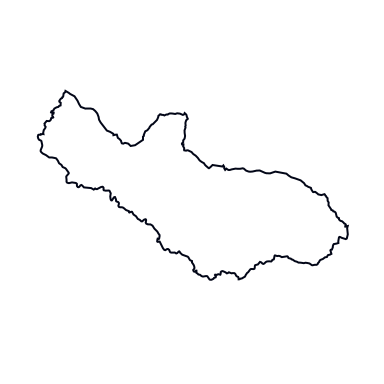 Nátaga, Huila, Colombia, rotated 277°
{"feature_id": "7082276B27593936754080", "entity_name": "Nátaga", "entity_type": "district", "adm_level": 2, "iso_a3": "COL", "parent_name": "Colombia", "parent_adm1": "Huila", "projection": "mercator", "projection_center": [-75.793, 2.578], "detail": "fine", "context": "isolated", "style": "outline", "palette": "ink", "viewbox_px": 384, "rotation_deg": 277, "n_neighbors": 0, "source": "geoboundaries", "source_scale": "gbopen_adm2", "svg_char_len": 6055}
<svg xmlns="http://www.w3.org/2000/svg" viewBox="0 0 384 384"><g transform="rotate(277 192 192)"><path d="M229.8,32.4L228.1,32.2L226.3,32.9L225.1,34.0L224.7,35.6L224.2,36.3L220.2,37.7L218.8,37.7L215.1,36.7L214.1,36.8L213.2,37.5L212.0,39.2L210.8,42.6L208.9,46.0L209.2,49.0L209.0,52.0L208.8,53.1L206.8,55.0L204.3,56.6L203.0,59.1L201.0,60.6L200.3,63.0L199.8,63.9L196.2,67.2L195.7,67.4L195.2,67.3L192.5,65.5L191.8,65.3L188.8,66.0L186.9,66.2L186.2,66.7L185.9,67.6L185.8,68.8L186.9,71.7L186.8,75.6L186.2,76.7L183.9,77.1L183.0,78.0L182.9,78.6L183.3,79.4L185.0,80.5L185.5,81.3L185.1,82.2L183.4,84.2L183.6,91.4L182.4,94.2L183.7,95.4L183.2,96.4L183.3,97.4L185.9,101.2L186.3,102.6L186.1,103.1L185.4,103.7L183.5,103.9L183.0,104.2L182.8,106.1L183.3,109.1L183.2,109.9L180.8,111.5L177.6,111.4L175.2,112.0L174.2,112.5L173.8,113.0L174.0,113.6L177.1,115.1L177.5,115.6L177.6,116.2L175.5,117.4L173.7,117.8L173.4,118.2L173.0,120.0L172.3,120.7L171.4,120.9L169.3,120.6L168.3,121.3L168.1,122.4L168.3,124.4L168.0,125.8L166.0,128.8L165.3,131.7L164.2,132.0L164.0,132.3L165.0,134.2L165.0,134.9L162.5,136.7L161.1,139.4L158.7,141.5L158.0,143.5L156.7,145.3L156.8,146.2L158.6,147.7L159.3,149.0L159.2,149.5L158.8,149.8L158.4,149.9L155.9,149.8L155.0,150.5L154.5,152.1L154.8,154.7L153.8,156.9L151.1,159.1L148.5,162.4L146.6,163.8L145.4,165.0L144.3,165.2L142.0,165.1L141.3,164.8L141.5,163.6L140.2,163.4L138.6,163.5L138.3,164.2L138.8,165.4L138.8,166.0L132.7,170.0L131.2,171.5L131.0,172.5L132.3,174.2L132.5,175.1L131.8,176.4L129.9,177.4L129.5,177.9L129.3,178.8L129.8,182.3L129.1,183.8L129.6,184.8L131.3,186.1L131.5,186.6L131.0,187.2L130.3,187.6L128.6,189.9L127.3,195.6L126.8,196.3L124.5,198.0L124.0,198.6L123.5,200.4L122.0,200.6L120.0,202.4L118.6,203.2L116.9,203.7L115.8,203.4L114.7,202.7L113.4,203.4L113.2,203.9L113.2,204.7L114.5,205.6L114.5,206.0L112.2,206.3L111.7,207.5L110.9,208.4L110.8,210.1L109.7,211.7L109.4,213.2L110.3,216.3L110.3,217.1L110.2,217.5L107.4,220.0L107.1,220.7L107.3,222.1L108.5,223.9L109.4,224.3L110.2,225.9L111.1,226.0L112.4,224.9L112.8,225.1L112.8,226.8L113.6,228.0L113.4,230.2L114.2,230.4L116.0,230.3L116.8,230.9L117.2,231.8L117.1,232.7L116.3,235.2L115.5,236.4L115.8,237.3L116.8,238.4L116.1,241.2L116.5,242.4L116.6,244.1L115.8,245.1L114.3,246.0L113.6,247.1L113.3,248.2L112.6,248.6L111.0,248.9L111.2,249.8L112.1,251.1L112.2,251.9L114.5,254.9L116.3,255.5L118.4,256.6L119.2,257.5L122.2,259.2L122.8,260.0L123.0,262.5L123.4,263.3L124.3,263.5L126.2,263.4L126.9,263.5L127.3,264.1L128.1,266.2L130.9,268.0L130.6,269.3L129.5,270.7L129.3,271.6L129.8,272.4L131.5,273.8L132.2,274.9L132.6,276.9L132.7,279.1L133.3,279.6L134.5,280.1L134.9,281.2L135.4,281.5L138.7,281.7L139.2,282.1L138.8,284.3L139.2,285.9L139.1,287.0L138.3,289.1L139.8,294.3L139.5,295.0L138.3,295.7L138.1,296.2L137.9,298.2L137.2,299.1L137.2,300.0L135.9,302.5L135.6,304.5L134.9,306.3L135.1,308.3L135.0,311.7L135.6,313.2L135.6,314.9L135.4,317.3L134.0,319.9L134.0,320.7L134.7,322.7L134.9,324.5L135.6,325.4L137.1,325.9L137.7,326.5L139.4,327.1L140.2,327.7L141.5,330.1L143.4,332.0L143.9,333.8L145.5,334.4L146.0,334.8L146.6,336.5L147.6,337.9L150.9,336.5L151.5,336.7L151.9,337.9L154.3,338.5L155.4,338.4L156.9,338.7L157.6,339.1L158.4,341.7L159.2,343.5L161.0,343.2L164.9,343.4L165.4,343.9L165.4,344.4L164.7,346.4L164.0,350.4L164.7,351.3L168.9,351.8L175.1,350.4L177.2,350.7L176.3,348.4L176.8,348.2L178.1,348.7L178.5,348.6L179.0,347.9L179.4,346.8L180.0,346.3L181.2,344.6L181.5,342.9L182.0,342.0L182.8,341.2L183.8,341.1L184.1,340.9L184.2,339.9L185.2,338.6L188.6,337.3L189.2,336.9L189.9,335.8L190.0,334.6L190.9,333.9L191.1,332.5L191.9,332.1L195.4,329.1L198.3,328.9L199.8,327.7L202.4,327.3L203.3,326.1L204.2,325.6L204.7,324.8L205.7,324.2L206.0,323.7L204.7,320.8L204.9,318.8L205.0,317.6L205.6,316.9L207.1,314.4L207.1,313.7L206.7,312.9L206.8,312.0L209.0,310.2L210.6,309.5L211.3,306.7L212.1,305.0L212.4,303.8L214.4,302.2L216.8,298.4L218.1,292.6L218.7,288.8L220.1,285.9L221.7,283.5L222.4,272.2L220.0,267.2L219.7,263.6L219.9,262.1L221.6,256.6L221.1,253.5L219.7,249.6L219.2,247.2L219.2,245.7L219.8,243.1L221.5,240.6L221.7,239.5L220.9,236.9L220.6,234.8L220.5,232.3L219.3,228.7L218.5,226.9L218.3,225.9L218.4,225.2L219.4,223.2L218.0,222.2L219.4,221.1L220.9,220.9L222.2,219.9L221.0,219.1L221.3,209.1L219.0,207.3L217.7,206.0L217.7,205.6L219.7,202.6L220.7,201.4L222.0,200.4L222.9,198.2L223.9,196.3L224.6,195.4L226.6,193.6L228.6,191.1L229.2,189.8L230.1,188.3L231.6,186.7L232.8,183.1L232.8,182.0L232.3,181.1L232.4,179.2L232.8,179.0L234.6,178.9L236.4,177.6L237.4,177.8L238.2,177.7L238.0,176.4L238.6,176.1L239.1,176.2L240.4,177.2L242.2,177.0L244.0,178.1L245.0,178.2L246.8,178.3L249.7,177.5L252.3,177.1L255.1,177.7L256.2,177.3L257.1,177.6L259.4,177.1L260.4,177.1L262.5,177.5L264.1,178.9L266.1,177.7L267.8,177.1L268.5,176.4L269.4,175.1L268.3,174.8L267.8,174.4L267.4,173.5L268.3,170.5L268.3,167.7L267.4,165.8L267.5,162.9L267.3,160.5L266.5,159.0L265.9,158.5L265.8,157.1L264.6,155.2L265.0,154.2L264.9,152.6L265.1,151.5L265.3,151.4L265.1,150.6L264.3,150.2L263.6,149.4L262.0,149.3L259.3,148.5L254.5,144.8L254.0,143.7L251.5,142.1L250.6,141.9L247.9,140.2L246.5,138.2L242.8,137.2L241.9,137.4L240.9,136.6L237.8,137.0L231.5,129.8L230.2,125.5L232.2,122.9L232.4,121.7L232.6,119.5L231.6,117.8L231.8,116.4L233.3,115.6L234.2,115.3L235.7,113.6L236.7,111.8L239.8,110.4L239.6,109.3L238.8,107.1L240.2,106.8L241.7,103.4L242.6,100.0L249.9,92.8L252.5,90.9L255.2,90.1L258.4,88.4L260.6,86.1L262.2,83.7L262.5,81.1L261.8,75.9L262.9,71.3L265.5,69.2L268.7,67.2L272.7,63.7L274.5,59.0L275.4,57.6L276.9,54.1L275.7,54.0L274.2,52.6L271.1,52.5L270.5,52.2L270.1,51.6L269.4,51.6L268.6,50.4L266.3,49.2L265.5,49.3L264.6,50.8L261.9,51.0L261.2,49.6L260.2,49.0L259.5,47.2L258.0,45.2L256.2,44.5L254.9,42.6L253.8,42.4L253.7,42.6L253.9,45.0L252.9,45.0L252.1,44.0L251.1,44.0L250.3,44.1L249.7,44.9L249.1,45.2L248.8,44.9L248.3,43.5L248.1,43.2L246.6,43.1L245.2,42.1L244.9,41.6L244.8,39.1L242.0,37.3L241.8,37.5L240.2,37.6L238.8,38.8L237.5,38.5L235.3,37.3L232.6,37.1L231.4,37.5L231.5,36.4L230.8,35.7L231.0,34.8L230.2,34.3L230.3,33.2L229.8,32.4Z" fill="none" stroke="#020617" stroke-width="2"/></g></svg>